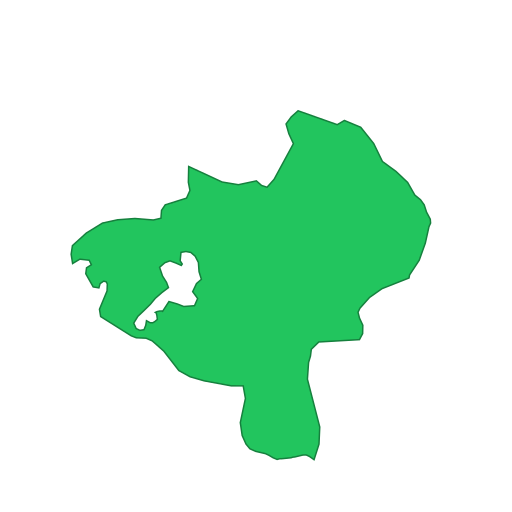 SVG path tracing the border of Tolna, rotated 123°
{"feature_id": "HUN-3165", "entity_name": "Tolna", "entity_type": "County", "adm_level": 1, "iso_a3": "HUN", "parent_name": "Hungary", "parent_adm1": "", "projection": "robinson", "projection_center": [18.659, 46.474], "detail": "fine", "context": "isolated", "style": "filled", "palette": "green", "viewbox_px": 512, "rotation_deg": 123, "n_neighbors": 0, "source": "natural_earth", "source_scale": "10m", "svg_char_len": 1968}
<svg xmlns="http://www.w3.org/2000/svg" viewBox="0 0 512 512"><g transform="rotate(123 256 256)"><path d="M304.1,158.8L310.3,155.8L316.7,153.9L331.3,145.8L364.7,109.4L379.5,100.7L395.2,96.4L395.0,102.0L395.5,105.5L397.4,108.3L403.4,114.0L404.7,115.6L406.1,116.7L411.9,123.9L413.0,125.6L415.1,127.5L415.9,131.8L416.1,136.7L416.6,140.4L420.0,149.8L421.0,156.1L419.2,161.9L414.1,169.8L404.3,178.4L381.2,187.3L371.9,196.0L378.4,206.1L388.9,231.4L393.2,245.5L394.1,258.3L386.0,281.5L383.7,296.8L384.8,303.4L389.8,311.9L390.9,317.2L391.4,353.3L385.9,358.3L366.4,361.9L360.4,365.5L359.2,367.6L360.1,370.1L364.1,371.7L368.3,370.4L370.6,375.7L363.6,389.1L358.2,391.7L353.0,389.3L350.4,393.6L354.6,402.0L362.2,405.7L355.2,412.0L347.3,415.6L329.1,410.8L312.0,402.7L301.0,391.8L290.5,378.0L281.7,361.7L276.1,356.3L269.2,360.1L262.5,360.0L245.3,345.8L237.0,347.1L231.0,352.9L217.6,361.2L212.4,324.7L205.8,309.6L192.8,296.6L193.8,289.7L192.3,284.2L181.9,282.6L141.4,285.8L135.6,295.0L128.9,302.7L120.1,302.2L111.3,299.8L101.6,259.4L94.2,255.7L91.0,238.3L97.6,218.5L107.9,201.4L108.8,184.8L111.7,168.9L118.4,156.0L119.2,148.7L121.5,142.8L126.3,136.9L130.2,129.9L133.3,127.5L137.2,126.9L153.0,121.0L170.7,116.8L188.2,116.9L191.1,115.7L214.7,132.5L228.9,138.2L243.2,140.4L247.6,139.8L251.7,135.4L255.9,128.7L263.0,124.3L269.8,123.7L293.9,156.5L304.1,158.8ZM341.6,304.2L339.1,295.9L337.7,289.1L331.2,280.5L323.4,281.8L320.4,289.7L311.5,290.9L305.3,289.1L300.2,295.2L292.8,300.8L289.3,306.9L288.5,312.6L290.4,317.2L293.8,320.9L301.3,317.0L302.9,313.5L304.6,313.5L305.5,319.2L306.9,325.5L311.3,328.8L318.0,330.7L323.7,323.5L326.9,316.6L330.2,312.2L337.9,315.0L346.3,317.4L354.0,318.3L363.0,320.3L370.9,322.2L378.9,322.0L382.1,317.0L381.6,312.9L378.8,309.8L374.2,310.7L369.9,312.6L369.6,308.4L368.2,306.2L366.0,305.1L362.9,304.2L359.8,306.8L358.1,308.7L358.1,309.7L356.5,308.7L354.6,306.8L353.3,304.9L353.3,304.2L341.6,304.2Z" fill="#22c55e" stroke="#15803d" stroke-width="1.5"/></g></svg>